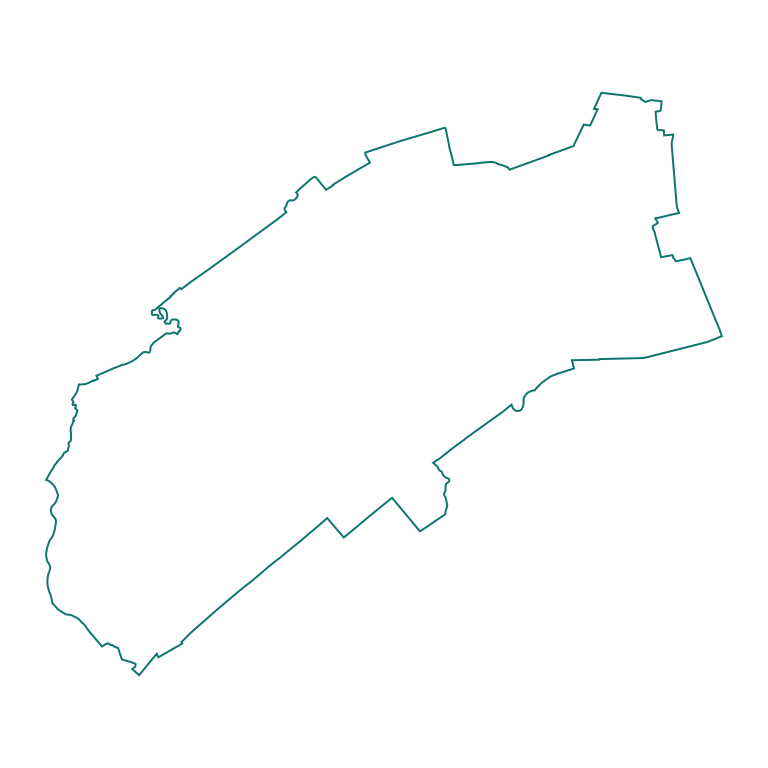 outline of Domnesti, Ilfov, Romania
{"feature_id": "2599482B77352977361579", "entity_name": "Domnesti", "entity_type": "district", "adm_level": 2, "iso_a3": "ROU", "parent_name": "Romania", "parent_adm1": "Ilfov", "projection": "mercator", "projection_center": [25.905, 44.4], "detail": "fine", "context": "isolated", "style": "outline", "palette": "teal", "viewbox_px": 768, "rotation_deg": 0, "n_neighbors": 0, "source": "geoboundaries", "source_scale": "gbopen_adm2", "svg_char_len": 6009}
<svg xmlns="http://www.w3.org/2000/svg" viewBox="0 0 768 768"><path d="M673.1,134.5L667.9,135.1L664.1,135.4L663.8,130.4L663.4,130.3L661.6,130.1L659.5,130.2L659.3,130.1L658.0,130.2L657.5,129.6L657.2,129.1L656.7,124.0L656.6,123.7L656.0,116.9L655.6,111.7L659.2,111.1L659.5,111.1L660.1,110.9L660.6,110.6L661.2,106.5L661.5,101.3L655.2,100.5L650.8,100.2L646.5,101.7L645.9,101.8L644.6,101.5L642.3,100.1L640.5,98.3L640.6,97.8L626.2,95.7L601.4,92.8L594.0,108.9L597.6,109.3L590.2,125.5L583.8,124.6L583.5,125.1L573.4,146.1L548.9,155.0L549.1,155.3L509.6,169.7L507.9,167.4L502.0,165.1L497.8,164.0L496.1,162.9L493.7,162.2L491.3,161.9L486.3,162.2L475.9,163.4L455.9,165.1L454.1,165.0L453.6,164.6L453.3,162.8L451.4,155.0L449.5,148.1L448.5,142.4L445.9,129.8L445.5,128.3L445.0,127.9L444.5,127.8L426.3,133.4L425.8,133.5L400.1,141.1L365.2,152.6L365.7,155.2L369.9,162.7L346.5,176.3L333.5,184.4L333.0,184.7L333.3,185.2L332.3,185.9L326.0,189.8L317.3,179.0L315.9,177.3L315.3,177.0L314.7,176.8L313.7,177.2L311.1,178.9L305.1,184.2L300.7,187.9L297.5,191.2L296.1,192.5L297.0,193.2L297.5,193.9L297.7,194.8L297.6,195.7L297.0,197.1L296.2,198.2L295.0,199.4L294.5,199.8L293.9,200.1L293.3,200.3L292.4,200.4L290.9,200.3L289.9,200.4L289.1,200.6L288.6,200.9L287.3,202.5L286.8,204.0L286.6,204.9L286.2,205.8L285.8,206.6L285.2,207.1L284.8,207.7L284.6,208.3L284.6,209.4L284.8,210.1L285.3,210.9L286.3,212.1L281.8,215.9L275.2,220.9L230.8,253.4L209.3,268.9L190.4,282.2L185.9,285.7L181.2,289.2L179.9,287.9L173.8,292.9L174.0,293.2L170.6,296.1L170.9,296.5L159.5,306.0L156.5,308.5L156.5,308.8L156.0,309.2L154.3,310.0L152.6,310.2L152.0,310.9L151.9,311.5L151.8,313.8L152.2,314.6L153.2,315.0L156.6,314.7L157.8,315.0L158.3,315.4L158.4,316.3L158.0,317.2L158.1,318.1L158.5,318.4L159.6,318.6L161.3,318.6L162.7,318.3L163.1,318.2L163.1,317.5L162.5,316.1L160.1,313.1L159.5,311.3L159.4,309.3L159.7,308.6L160.3,308.1L161.9,308.2L164.4,309.1L166.1,310.8L166.5,312.1L166.8,312.8L166.8,313.8L166.9,314.9L167.2,316.7L167.1,318.1L166.7,319.4L164.6,321.5L164.8,322.3L166.1,323.8L167.4,323.7L168.0,323.5L168.8,323.7L169.9,323.4L170.5,322.8L170.7,320.7L171.7,319.8L173.3,319.4L175.1,319.5L176.0,319.6L177.4,320.1L178.2,320.8L178.6,321.6L178.6,322.6L178.5,324.2L178.1,325.2L177.9,326.3L178.1,327.1L178.5,327.3L180.2,327.8L180.4,328.3L180.6,329.0L180.3,330.0L180.1,330.7L179.5,331.0L178.7,331.2L178.4,332.1L178.4,333.0L177.9,333.6L177.1,334.2L175.7,333.0L173.3,332.5L171.2,333.4L170.4,333.6L166.3,333.4L153.6,342.7L152.5,344.2L151.1,345.9L150.6,347.3L150.4,348.9L150.3,350.3L150.0,351.4L149.7,352.1L149.3,352.5L148.8,352.7L146.1,352.1L144.7,352.0L143.5,352.2L142.5,352.8L139.8,355.4L137.3,357.7L135.9,358.7L133.1,360.6L131.0,361.8L125.1,364.3L122.5,364.8L119.0,366.2L113.1,368.5L109.4,370.2L96.5,375.7L97.9,378.9L94.1,380.8L93.9,380.3L87.1,383.5L85.7,384.0L82.4,384.4L78.9,384.5L77.9,388.9L77.1,391.3L76.2,393.1L75.3,394.6L71.9,399.5L72.2,400.1L72.6,400.6L73.1,401.4L73.3,402.7L72.5,404.3L72.6,404.7L73.0,405.1L73.5,405.2L74.1,405.1L75.3,404.7L76.0,405.5L75.8,406.6L75.4,407.5L75.1,408.1L75.3,408.6L77.2,410.0L77.3,410.9L76.6,413.3L75.4,416.2L74.2,417.5L73.5,418.4L73.3,419.3L74.1,420.7L73.1,421.2L73.4,421.9L72.7,423.5L71.8,425.1L70.9,427.0L70.9,428.4L70.5,430.4L71.0,433.1L71.1,439.2L70.8,440.8L69.3,442.0L68.6,443.1L68.5,443.8L69.0,445.4L68.5,447.6L67.7,450.7L66.6,451.6L65.2,452.1L63.4,453.8L63.0,455.4L57.5,461.5L56.7,462.1L56.6,463.0L55.2,464.3L54.5,465.2L53.7,467.0L49.5,473.8L46.2,479.9L47.7,480.4L49.5,481.4L53.0,484.5L55.0,487.1L56.7,491.3L57.6,494.0L58.1,496.0L56.9,499.1L56.4,500.9L55.5,502.4L54.2,504.2L51.9,506.5L50.9,509.1L51.1,512.3L51.9,514.6L53.7,516.6L55.5,519.0L56.1,521.6L55.0,528.3L54.4,531.2L52.6,536.3L49.6,540.6L49.1,541.9L48.3,544.4L47.6,546.2L47.0,548.5L46.1,553.5L46.3,557.0L46.8,559.3L47.4,561.6L48.7,563.3L50.2,566.7L50.0,568.8L49.4,571.6L48.5,573.6L47.7,576.9L47.4,581.0L47.4,583.6L47.9,586.8L48.9,590.8L50.8,595.5L52.6,603.5L58.4,609.7L65.7,614.3L71.1,615.0L74.7,616.8L78.2,618.7L84.4,624.8L89.7,632.1L92.8,635.6L102.0,646.5L105.9,644.0L108.0,643.3L110.6,644.9L113.0,645.3L114.3,646.5L116.1,647.3L118.1,648.0L121.8,659.3L124.1,660.1L130.4,661.9L135.5,663.8L135.4,666.5L132.3,669.2L139.1,675.2L156.5,654.0L156.7,653.8L158.4,657.3L182.3,643.5L181.5,642.1L189.7,633.8L192.3,631.4L206.0,619.4L214.5,611.8L221.7,605.7L237.0,592.8L242.2,588.5L252.5,580.4L256.3,577.2L261.7,572.6L268.9,566.4L278.3,558.9L278.7,558.8L290.9,548.7L299.6,541.7L308.1,534.4L315.1,528.6L327.2,518.1L343.8,537.5L363.4,521.3L369.6,516.0L392.1,497.8L420.0,531.4L445.4,514.2L445.4,512.6L445.6,511.6L445.9,510.2L446.5,508.3L447.1,506.6L447.3,505.5L446.8,503.1L445.7,497.6L445.0,496.5L444.3,495.6L444.1,494.3L444.2,493.4L445.6,490.4L445.5,489.2L445.6,487.2L445.6,485.5L445.8,484.3L446.3,483.6L448.6,482.0L449.2,481.2L449.2,480.7L449.2,479.9L449.0,479.1L447.9,478.3L445.2,477.3L443.7,475.8L442.5,474.1L442.2,472.5L441.6,471.6L440.1,470.7L439.4,470.3L438.6,469.4L438.0,467.5L437.5,466.6L434.7,464.2L433.1,462.7L437.8,459.7L439.3,458.8L441.0,457.5L442.2,456.5L450.9,449.5L456.9,445.0L463.8,440.0L466.2,438.0L476.7,430.4L482.1,426.6L494.1,418.0L503.0,411.6L511.5,404.6L512.7,407.9L514.1,409.7L515.5,410.6L517.1,411.0L519.5,410.7L521.3,409.7L523.0,406.7L523.5,404.2L523.7,397.8L524.9,396.0L526.6,393.7L528.3,392.3L530.3,391.4L532.9,390.5L534.7,390.4L535.1,389.8L537.1,387.4L541.8,382.7L550.6,376.4L557.8,373.6L564.6,371.5L574.0,368.5L572.0,360.6L572.0,360.2L599.1,359.7L599.2,359.1L640.1,358.1L642.4,358.0L644.7,357.7L647.1,357.2L697.8,344.4L707.1,342.0L709.0,341.3L721.9,336.1L719.2,328.5L716.5,322.2L714.4,317.0L690.4,258.2L676.0,261.4L673.9,258.5L673.2,257.9L673.1,257.1L673.1,256.5L673.0,256.0L672.7,255.4L672.4,255.2L672.0,255.2L661.1,257.2L655.1,234.3L654.8,232.7L654.5,231.9L652.9,228.4L652.7,227.2L652.8,225.9L654.5,225.1L657.6,223.2L657.8,222.9L657.8,222.6L655.2,218.4L655.6,218.2L658.8,217.7L672.7,214.4L679.2,213.0L677.7,209.5L677.1,207.3L676.7,205.2L676.5,203.3L671.6,143.8L672.1,140.4L672.4,139.6L672.9,137.5L673.1,134.5Z" fill="none" stroke="#0f766e" stroke-width="2"/></svg>